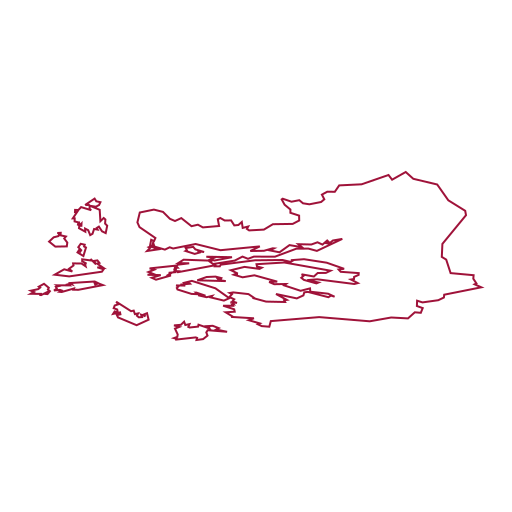 Flora nor, Sogn og Fjordane, Norway (Robinson projection)
{"feature_id": "86288312B31787825848012", "entity_name": "Flora nor", "entity_type": "district", "adm_level": 2, "iso_a3": "NOR", "parent_name": "Norway", "parent_adm1": "Sogn og Fjordane", "projection": "robinson", "projection_center": [5.064, 61.619], "detail": "fine", "context": "isolated", "style": "outline", "palette": "rose", "viewbox_px": 512, "rotation_deg": 0, "n_neighbors": 0, "source": "geoboundaries", "source_scale": "gbopen_adm2", "svg_char_len": 6014}
<svg xmlns="http://www.w3.org/2000/svg" viewBox="0 0 512 512"><path d="M153.9,209.6L139.8,212.5L137.4,222.4L139.5,227.1L155.4,238.0L154.0,241.1L151.2,239.8L150.1,245.3L151.5,246.1L148.8,247.2L150.1,247.9L147.1,251.0L157.9,249.4L152.0,246.9L153.1,242.7L154.5,246.6L164.9,249.6L169.7,247.3L173.1,248.5L195.6,244.0L220.5,250.2L259.8,246.4L250.3,251.0L263.9,250.8L272.7,248.3L273.9,248.4L269.9,250.4L279.5,252.3L289.5,245.1L302.0,247.2L298.3,244.2L311.3,244.5L317.5,242.3L322.5,244.6L327.2,240.5L328.4,241.7L326.7,243.2L329.1,243.6L332.9,240.5L342.3,238.9L316.9,250.9L308.4,248.6L296.3,248.7L274.9,256.7L253.9,256.6L248.0,258.8L242.5,256.6L234.7,260.6L213.9,263.9L215.5,265.3L215.0,266.3L219.8,266.3L220.7,264.7L254.9,260.3L282.6,260.0L290.6,261.9L292.7,260.7L290.9,260.2L304.0,259.2L326.7,262.7L344.1,268.8L338.6,269.5L340.7,271.8L358.7,273.1L358.6,274.9L354.1,276.9L354.0,279.0L350.9,279.5L357.8,283.1L354.3,284.0L317.3,279.3L307.2,280.1L318.5,282.5L316.4,283.4L303.9,279.9L301.3,277.8L303.6,275.8L301.6,274.3L313.9,276.5L317.7,273.0L325.9,272.9L330.5,270.7L284.3,262.5L256.5,264.2L257.0,266.5L261.7,267.7L259.5,268.9L244.5,266.9L230.9,270.2L237.1,273.2L237.0,274.7L235.0,274.2L233.8,274.7L242.6,277.3L254.4,275.3L277.2,281.6L269.1,282.0L274.2,284.2L286.0,284.0L284.2,285.4L300.6,290.8L310.0,288.4L310.3,291.7L328.1,293.7L334.6,296.7L331.0,295.6L328.4,297.2L307.9,291.9L304.3,292.3L303.4,295.4L296.8,298.4L276.0,294.0L286.8,299.9L284.2,300.3L285.1,302.0L266.1,301.6L252.5,297.9L254.0,297.8L248.5,294.1L233.2,292.4L229.8,293.0L232.0,294.2L229.4,297.0L234.2,299.3L232.1,301.8L233.3,301.7L237.0,302.9L232.3,302.4L233.9,304.5L232.0,304.4L232.9,305.8L223.1,305.7L234.2,309.3L234.7,311.7L225.7,312.3L232.4,316.4L231.1,316.9L253.9,318.3L248.8,320.2L259.8,323.4L257.9,324.3L261.7,326.1L269.3,326.7L270.8,321.1L319.2,317.1L369.7,321.3L391.2,317.5L408.0,318.4L414.8,312.3L420.8,312.8L422.7,308.1L416.9,306.0L417.1,300.7L422.5,302.4L438.3,300.2L443.9,297.5L444.2,294.7L481.3,287.3L474.6,284.3L476.4,283.4L473.3,278.7L473.6,275.2L450.6,273.1L446.2,259.6L441.8,256.9L442.4,243.9L466.0,215.2L465.2,210.8L448.3,200.3L437.2,184.5L413.3,178.8L405.7,172.0L392.1,179.7L388.5,175.0L361.6,184.3L339.2,185.4L334.8,191.8L327.3,191.7L321.9,194.6L324.3,199.3L321.1,202.0L309.4,204.3L303.0,203.3L299.3,200.2L291.5,201.7L282.7,198.7L281.7,199.4L284.6,204.7L290.4,209.5L290.4,212.8L299.1,215.6L299.2,220.5L292.7,223.9L272.9,224.2L263.9,229.6L249.1,230.4L246.9,228.9L248.2,226.5L242.7,227.9L241.8,222.0L238.4,225.0L234.3,225.4L231.1,220.4L224.7,220.5L220.3,218.0L217.8,219.2L219.1,226.0L202.9,227.4L197.9,224.7L191.5,226.2L181.3,218.1L175.0,221.0L169.9,218.8L163.0,211.9L153.9,209.6ZM94.6,198.6L85.1,205.0L87.1,204.4L87.1,205.0L88.9,204.9L89.6,205.5L89.6,208.9L91.2,210.2L81.1,207.1L78.4,210.0L75.1,209.9L75.0,212.1L77.1,212.0L72.8,218.4L74.7,218.4L74.6,221.4L78.5,222.4L77.7,225.5L79.3,223.2L80.0,225.3L81.5,223.6L81.4,225.8L79.3,225.8L79.0,228.2L85.3,231.7L85.1,228.6L88.2,230.2L90.2,235.1L92.5,233.8L94.1,229.0L97.6,229.6L96.7,228.0L98.9,226.6L102.0,231.3L105.7,233.1L107.2,225.7L105.1,223.6L105.4,219.5L103.7,218.0L100.4,221.2L99.7,209.8L90.0,205.8L95.9,206.7L99.1,205.0L100.4,202.2L96.3,201.3L94.6,198.6ZM191.9,280.9L184.1,282.8L184.7,283.3L186.5,283.5L187.3,283.4L187.5,283.5L188.5,283.5L189.9,283.6L190.0,283.7L180.4,284.6L185.3,285.6L176.1,285.4L178.5,286.3L176.8,288.0L177.5,289.5L191.5,293.9L197.8,294.2L196.0,292.6L196.4,292.6L205.5,295.7L198.3,295.2L198.7,295.4L206.6,297.2L212.1,295.9L210.7,297.4L223.9,300.6L229.3,298.2L215.4,288.3L191.9,280.9ZM184.1,321.7L180.9,324.8L174.0,325.4L179.3,326.9L175.0,328.6L177.7,334.5L177.3,336.9L174.0,338.1L177.2,339.0L175.2,339.7L195.7,337.4L197.1,337.9L196.5,340.0L203.1,339.1L207.5,335.6L206.3,332.4L207.7,330.2L227.1,331.8L216.2,329.5L218.7,328.1L212.7,325.8L207.7,326.1L210.1,327.3L208.2,327.1L209.3,328.4L198.5,324.7L198.1,326.6L189.6,327.5L188.3,326.9L189.5,324.1L185.3,325.0L184.1,321.7ZM82.2,259.3L82.2,261.3L86.5,263.6L84.8,263.5L85.6,266.3L81.5,263.5L73.1,263.4L73.5,265.5L69.0,268.8L72.3,271.5L64.2,269.3L54.7,274.7L69.2,276.4L101.9,271.7L103.6,269.3L97.3,267.3L103.3,267.8L97.1,263.6L99.4,262.9L97.4,260.4L94.0,260.9L96.0,264.4L90.6,259.0L91.2,260.5L82.2,259.3ZM131.1,311.2L116.2,301.7L118.3,304.3L114.7,305.5L113.7,308.2L117.2,309.5L117.8,312.6L114.7,311.4L113.1,313.9L120.0,312.4L120.4,314.3L116.9,315.1L118.0,317.4L136.6,325.2L148.6,319.7L147.0,313.2L143.8,314.5L145.4,316.3L141.1,314.7L142.0,317.1L138.8,317.3L136.9,315.7L138.1,313.4L134.9,314.1L133.7,310.6L131.1,311.2ZM183.6,259.7L178.2,263.1L189.2,263.3L177.8,264.7L176.3,266.2L177.7,267.7L175.6,267.8L176.1,268.4L175.6,270.7L175.0,271.1L180.6,271.3L176.7,272.1L177.9,272.2L214.9,265.3L210.0,261.8L211.8,260.7L183.6,259.7ZM94.7,281.5L70.8,283.0L71.9,284.3L69.9,283.6L70.6,285.4L69.1,284.0L67.6,284.4L69.1,285.4L57.2,285.3L58.6,286.1L55.8,286.7L56.8,288.6L54.0,290.5L60.0,289.9L61.4,290.4L59.5,291.8L61.7,292.0L73.9,288.5L73.4,289.7L78.4,289.8L102.9,285.1L98.4,283.4L95.2,284.5L94.5,282.8L97.0,282.6L94.7,281.5ZM176.1,265.6L149.6,268.4L154.2,269.7L148.5,272.0L153.5,274.0L147.5,274.8L160.7,275.1L151.8,277.8L156.0,279.7L170.9,275.5L168.2,274.9L170.7,273.4L168.7,272.8L175.0,272.2L174.3,269.5L176.1,265.6ZM60.7,232.8L57.3,233.0L59.5,233.4L58.4,236.1L53.7,237.3L49.1,241.6L55.3,246.6L66.8,246.4L67.3,242.6L64.2,238.5L65.9,236.5L60.5,235.3L60.7,232.8ZM44.0,283.8L38.8,286.7L40.1,287.6L38.3,289.1L30.9,290.7L34.0,292.0L30.7,293.8L41.9,293.9L39.4,294.9L41.1,295.1L49.1,291.1L46.3,294.0L47.5,294.1L49.9,291.2L47.9,289.5L48.8,287.8L44.0,283.8ZM206.6,277.0L197.3,280.3L225.8,281.1L218.8,280.1L217.2,278.1L221.2,278.5L221.4,278.1L215.5,276.6L206.6,277.0ZM193.2,246.9L185.7,248.0L186.9,250.3L185.6,251.0L194.7,253.9L200.8,252.2L198.4,251.9L198.3,251.3L204.1,252.0L195.4,249.4L193.2,246.9ZM80.7,243.8L78.3,247.2L81.2,250.2L80.2,251.7L79.2,249.8L77.5,252.4L83.4,256.0L86.0,247.5L84.1,246.5L84.7,244.7L80.7,243.8ZM232.0,257.2L206.3,256.7L214.4,257.7L210.5,259.4L214.5,260.5L232.0,257.2Z" fill="none" stroke="#9f1239" stroke-width="2"/></svg>